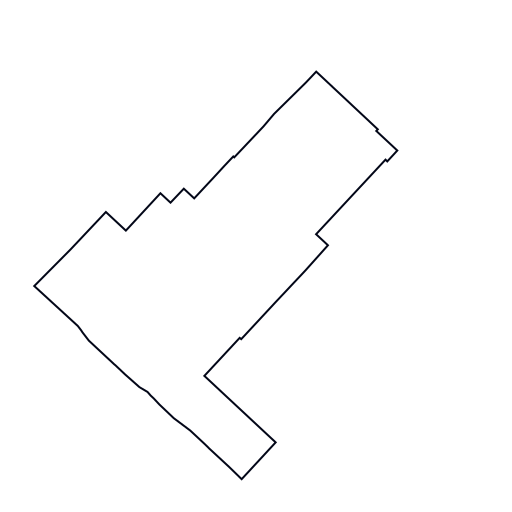 Park, Montana, United States of America (Equal Earth projection), rotated 43°
{"feature_id": "52423323B27264178568267", "entity_name": "Park", "entity_type": "district", "adm_level": 2, "iso_a3": "USA", "parent_name": "United States of America", "parent_adm1": "Montana", "projection": "equal_earth", "projection_center": [-110.469, 45.592], "detail": "fine", "context": "isolated", "style": "outline", "palette": "ink", "viewbox_px": 512, "rotation_deg": 43, "n_neighbors": 0, "source": "geoboundaries", "source_scale": "gbopen_adm2", "svg_char_len": 806}
<svg xmlns="http://www.w3.org/2000/svg" viewBox="0 0 512 512"><g transform="rotate(43 256 256)"><path d="M114.3,429.2L114.5,429.2L173.4,428.7L178.8,429.6L181.2,430.2L191.5,431.9L226.3,431.9L227.5,431.8L240.9,431.9L260.3,431.4L269.4,429.4L274.1,429.9L278.1,429.9L286.7,430.5L306.5,430.7L326.9,428.5L345.9,428.5L346.1,428.5L351.5,428.6L353.0,428.7L380.1,428.6L397.7,429.0L397.5,380.3L397.5,378.9L337.1,378.9L300.0,378.9L299.9,327.0L301.9,326.9L301.8,276.7L302.0,232.9L301.3,199.1L285.1,199.1L285.0,97.2L287.5,97.3L287.4,82.5L258.7,82.5L258.7,80.3L174.3,80.1L174.2,94.9L172.3,139.6L173.1,156.3L172.8,198.7L171.5,198.7L171.4,211.4L171.5,223.4L171.5,249.3L171.5,256.0L157.3,256.0L157.1,275.3L143.3,275.3L143.5,326.2L116.2,326.2L115.9,377.6L114.3,429.2Z" fill="none" stroke="#020617" stroke-width="2"/></g></svg>